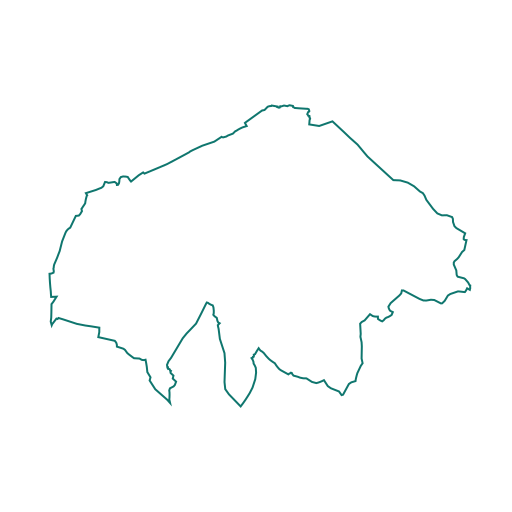 Ticvaniu Mare, Caras-Severin, Romania (Natural Earth projection), rotated 84°
{"feature_id": "2599482B6579395870045", "entity_name": "Ticvaniu Mare", "entity_type": "district", "adm_level": 2, "iso_a3": "ROU", "parent_name": "Romania", "parent_adm1": "Caras-Severin", "projection": "natural_earth1", "projection_center": [21.657, 45.172], "detail": "fine", "context": "isolated", "style": "outline", "palette": "teal", "viewbox_px": 512, "rotation_deg": 84, "n_neighbors": 0, "source": "geoboundaries", "source_scale": "gbopen_adm2", "svg_char_len": 5596}
<svg xmlns="http://www.w3.org/2000/svg" viewBox="0 0 512 512"><g transform="rotate(84 256 256)"><path d="M393.2,356.8L389.7,357.2L387.4,356.8L385.1,356.5L382.8,356.3L380.5,356.3L378.6,355.4L377.1,351.6L375.8,350.2L372.6,348.6L369.2,351.6L366.3,350.6L363.5,353.1L363.0,353.2L361.9,353.1L361.7,352.8L361.4,352.6L361.1,353.0L361.0,353.4L359.8,353.6L359.2,354.3L358.9,354.8L359.1,355.2L358.8,355.4L358.5,355.5L358.0,355.3L357.5,355.2L357.4,355.8L355.0,355.9L351.5,354.0L348.4,351.1L330.2,337.5L328.7,336.0L325.8,333.1L322.7,329.4L321.6,328.1L317.0,322.7L307.8,316.7L298.5,310.8L297.1,309.8L297.6,308.6L298.6,307.6L299.8,305.8L300.6,304.2L302.6,303.7L306.0,303.7L308.5,304.0L310.0,304.6L311.6,303.5L312.5,302.5L313.4,301.5L314.9,301.3L316.3,301.2L318.2,300.5L319.1,299.2L320.8,301.2L322.4,301.1L324.5,300.8L334.7,300.6L349.3,297.5L358.9,297.8L378.1,300.5L385.2,300.5L390.7,297.4L404.0,287.0L401.1,284.3L398.0,281.6L394.9,279.1L391.7,276.6L386.5,273.2L378.4,269.6L372.0,268.1L367.2,267.9L365.6,268.4L364.5,268.8L362.8,269.6L360.9,269.6L358.8,270.2L357.1,271.1L356.8,270.3L356.7,269.8L356.0,269.6L355.9,268.8L355.0,268.5L353.9,268.5L353.5,267.2L350.6,265.1L348.0,263.0L349.3,262.3L350.6,261.4L351.7,259.9L353.3,258.4L356.6,256.3L359.5,254.1L360.4,253.3L361.3,252.4L363.0,250.5L364.6,248.5L367.1,247.2L368.9,246.1L371.0,244.6L372.3,243.1L374.6,239.8L377.1,236.2L376.9,235.9L376.4,235.1L376.3,234.4L375.7,233.6L376.0,232.7L377.2,232.3L378.1,231.7L378.9,231.2L379.8,228.8L380.6,226.8L381.6,224.9L382.0,223.6L382.4,222.4L382.7,221.1L382.8,219.9L383.0,218.6L387.1,213.5L388.7,209.3L388.4,207.3L387.9,205.3L387.3,203.3L386.6,201.4L392.9,198.2L395.4,195.3L399.4,187.6L403.3,185.4L403.0,183.9L393.0,177.0L391.6,174.4L390.8,170.1L388.8,169.6L386.8,168.9L384.9,168.2L383.0,167.4L376.1,163.2L373.8,161.2L369.0,161.7L356.9,160.2L352.8,160.0L347.3,160.6L344.4,160.0L334.2,159.5L332.7,157.8L331.4,154.7L325.8,148.7L327.9,146.2L328.4,144.9L328.7,143.7L328.9,142.4L329.0,141.1L331.3,141.3L332.1,140.4L332.9,139.4L333.6,138.4L334.2,137.3L333.7,136.5L333.2,135.7L332.5,135.0L331.8,134.3L330.9,132.7L330.6,131.3L330.1,129.9L329.5,128.6L328.8,127.3L326.1,125.8L324.6,128.2L323.6,128.8L322.5,129.2L321.4,129.5L320.2,129.6L316.9,127.0L310.3,117.6L308.4,115.5L305.5,114.5L305.7,112.9L315.8,97.8L317.7,94.2L318.1,91.3L317.8,86.6L318.4,83.3L322.5,77.0L322.5,75.8L320.3,73.0L315.4,69.3L314.1,66.7L312.3,58.8L312.7,56.7L313.7,52.3L313.7,52.0L312.8,51.2L311.8,50.4L310.2,49.4L312.0,46.9L311.1,46.6L310.4,46.3L310.1,46.3L309.2,46.3L307.7,46.0L307.4,46.4L307.2,46.7L304.5,47.8L300.8,50.4L299.9,51.5L297.7,57.5L297.1,57.9L296.6,58.1L296.1,58.3L295.6,58.4L295.3,58.4L291.3,58.3L285.2,60.2L283.2,60.0L281.9,59.1L280.0,56.3L278.5,54.6L274.5,51.4L273.6,50.7L271.8,48.2L262.2,45.0L262.1,45.8L261.9,46.5L261.5,47.2L260.9,47.7L258.8,47.3L255.3,45.6L249.2,53.8L247.1,55.5L242.8,56.5L239.7,56.3L237.8,56.9L235.4,61.9L235.0,66.9L232.6,71.2L227.6,75.0L218.0,80.7L213.5,82.1L210.9,83.5L209.0,86.2L203.2,91.5L198.9,97.4L195.9,104.7L194.9,111.5L168.7,134.7L164.6,137.5L155.9,143.3L155.1,144.0L148.2,150.3L147.6,150.8L141.8,155.7L130.1,165.9L133.3,179.6L132.7,181.8L130.7,189.3L126.4,188.5L125.8,188.2L125.1,187.8L124.5,187.9L123.9,188.2L123.6,188.2L123.6,188.4L122.3,188.3L122.1,189.3L121.3,189.6L120.3,190.2L118.3,189.1L118.0,188.2L117.5,187.8L115.6,188.2L115.0,189.3L114.8,190.8L113.5,198.4L112.8,202.1L111.7,203.3L111.7,203.5L110.6,203.6L109.9,205.9L109.6,206.8L109.9,208.2L110.3,209.0L109.3,212.4L109.9,215.4L109.6,216.2L110.7,216.8L110.6,217.8L110.8,217.9L110.1,219.3L109.6,219.1L108.3,223.6L108.0,224.7L108.4,225.1L108.4,227.1L108.8,228.8L111.4,231.9L111.7,232.3L111.7,232.5L112.0,234.6L111.9,234.7L122.1,252.5L122.5,253.1L125.8,251.7L125.9,252.2L126.7,256.0L127.0,256.9L127.7,258.8L128.6,260.9L129.4,262.4L129.7,263.5L131.9,266.2L132.7,269.3L133.2,271.2L134.1,273.1L134.6,276.2L134.3,277.2L134.1,277.6L133.9,277.8L137.9,285.5L140.7,297.9L144.0,307.6L145.2,310.7L145.8,311.5L147.6,315.8L152.4,327.6L155.4,335.1L158.6,345.6L162.4,358.3L161.1,359.5L162.1,361.5L163.2,363.7L163.7,364.6L164.0,365.0L168.9,372.5L167.6,373.4L165.0,374.8L164.0,375.3L163.4,377.3L163.0,379.9L163.4,382.2L165.3,383.8L166.7,384.0L167.2,384.1L167.8,384.2L169.4,384.7L170.8,385.8L170.8,386.9L169.3,386.9L167.6,388.8L167.6,390.0L167.8,393.8L167.8,394.4L167.8,395.2L167.0,396.6L166.6,398.4L170.7,400.6L172.0,402.6L172.6,404.9L173.6,408.3L175.7,418.6L177.9,417.6L178.0,417.8L179.9,418.6L181.8,419.3L183.8,419.9L185.8,420.4L191.0,424.7L193.2,424.4L196.0,426.5L197.3,428.0L197.3,431.0L208.4,437.8L208.8,438.6L209.2,439.4L209.7,440.1L210.2,440.8L210.9,441.4L211.5,442.1L212.3,442.6L213.1,443.1L221.2,447.3L230.2,450.6L230.5,450.7L233.8,452.4L237.0,454.0L240.2,455.8L243.4,457.6L244.9,458.1L246.4,458.4L247.4,458.8L250.0,458.7L251.4,459.1L251.7,460.1L252.0,461.1L252.1,462.2L252.1,463.2L256.6,463.5L261.1,463.7L265.5,463.8L270.0,463.8L271.9,463.9L275.3,464.0L275.6,458.6L280.3,462.3L282.5,464.4L290.7,465.4L296.0,466.1L299.8,467.0L303.5,466.4L302.4,465.8L301.9,465.3L301.4,464.8L297.4,461.0L297.9,459.9L297.0,458.9L298.8,454.6L304.8,441.2L305.0,440.5L307.3,433.0L308.1,429.8L308.7,427.4L310.9,419.3L313.3,419.6L315.3,419.8L320.2,421.3L325.6,405.3L327.5,404.1L328.4,403.9L329.4,403.7L330.4,403.7L331.6,403.8L333.7,399.0L334.4,397.5L335.7,396.1L339.0,394.2L340.5,392.8L342.0,391.2L343.5,389.6L344.9,388.0L345.8,382.6L347.3,380.5L347.6,379.6L347.7,378.9L347.8,378.1L347.7,377.4L347.6,376.7L351.2,376.4L354.8,376.2L355.1,376.2L355.3,376.2L355.6,376.2L360.1,376.2L365.6,373.6L368.7,374.8L378.0,370.1L389.6,359.4L393.2,356.8Z" fill="none" stroke="#0f766e" stroke-width="2"/></g></svg>